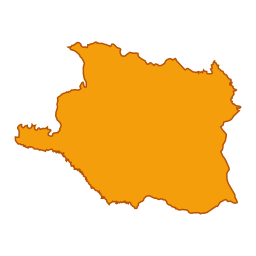 Buta, Orientale, Democratic Republic of the Congo
{"feature_id": "63176286B70684258400559", "entity_name": "Buta", "entity_type": "district", "adm_level": 2, "iso_a3": "COD", "parent_name": "Democratic Republic of the Congo", "parent_adm1": "Orientale", "projection": "mercator", "projection_center": [25.009, 2.835], "detail": "fine", "context": "isolated", "style": "filled", "palette": "amber", "viewbox_px": 256, "rotation_deg": 0, "n_neighbors": 0, "source": "geoboundaries", "source_scale": "gbopen_adm2", "svg_char_len": 5724}
<svg xmlns="http://www.w3.org/2000/svg" viewBox="0 0 256 256"><path d="M105.2,199.1L106.6,200.0L106.9,201.7L109.1,204.5L109.8,203.3L111.9,202.2L112.9,201.2L113.9,201.9L116.1,201.4L116.3,202.4L115.9,203.2L116.3,203.6L117.2,203.4L117.5,202.0L117.9,201.9L119.1,202.9L120.6,202.0L121.6,202.6L122.3,202.2L123.1,202.3L124.0,201.3L124.7,202.4L125.3,202.7L125.7,201.7L126.8,203.3L127.4,202.5L127.7,202.5L128.3,203.6L129.2,202.3L130.0,202.4L130.5,202.8L131.1,204.7L133.0,206.4L134.4,207.2L134.8,208.3L136.1,208.5L136.8,208.3L137.6,206.1L138.2,205.6L138.5,203.5L139.0,202.9L141.6,201.4L142.3,201.3L143.5,200.2L144.1,198.3L145.8,196.8L147.0,196.0L149.5,195.8L154.4,198.2L156.2,198.2L158.7,199.5L161.6,198.8L162.4,199.0L163.2,199.8L165.2,200.0L165.9,200.7L166.9,202.3L166.9,203.0L167.7,204.0L168.8,204.8L169.9,204.9L171.4,205.9L171.8,206.6L175.4,207.6L175.7,207.8L175.4,208.5L175.7,208.8L177.1,208.9L178.4,209.8L180.3,209.9L182.9,209.4L183.8,209.8L185.1,209.7L187.5,210.3L189.1,212.5L190.1,213.0L191.8,213.2L194.9,212.6L195.5,212.9L197.4,212.6L199.7,213.0L200.3,213.8L202.5,213.1L204.8,213.1L207.1,212.4L216.0,206.4L217.5,206.3L220.2,202.2L224.1,200.1L226.0,199.6L227.7,201.4L230.3,201.3L231.5,201.6L233.3,202.8L235.4,203.1L237.2,202.6L236.8,200.8L235.0,197.3L234.7,194.5L228.8,184.5L227.6,181.8L226.9,178.6L226.8,173.5L227.7,171.5L229.1,169.8L229.0,168.0L225.9,160.8L224.6,158.4L223.0,156.4L220.7,151.6L222.1,150.2L222.8,148.1L223.0,144.9L225.3,140.9L226.3,135.5L226.2,134.1L222.3,129.6L220.7,126.8L223.1,125.0L223.8,122.0L228.3,120.9L230.4,120.0L231.8,118.8L233.8,115.9L239.2,110.7L238.2,110.3L237.0,109.2L236.9,107.9L239.7,108.3L240.6,107.3L240.6,106.9L239.9,106.4L236.2,105.7L234.3,104.5L233.9,103.9L233.3,104.0L232.5,103.4L232.0,102.5L232.2,101.3L231.3,101.0L230.7,99.3L231.0,98.8L232.2,98.1L232.0,96.9L234.0,94.1L233.4,91.2L234.3,91.1L234.9,90.5L235.7,90.7L236.4,90.0L235.8,89.5L234.5,89.2L233.4,88.2L232.9,87.6L233.0,86.6L232.1,85.7L230.1,85.0L229.7,84.4L229.8,83.3L231.4,83.8L232.0,82.9L231.9,82.5L231.0,82.7L230.8,82.4L231.1,80.4L230.8,79.4L230.0,79.5L227.7,77.6L227.0,75.7L226.2,74.9L224.1,73.8L222.9,71.4L221.2,70.9L220.4,69.8L218.5,68.5L218.2,66.6L218.6,65.6L218.5,65.3L217.4,65.6L215.8,62.8L214.7,62.4L214.6,61.0L214.0,61.4L213.3,62.6L213.1,64.2L211.5,65.0L211.4,65.3L212.2,68.0L210.6,69.1L212.4,72.2L212.2,73.0L211.2,73.8L207.9,73.8L206.8,73.2L206.7,71.5L204.1,71.1L203.6,70.1L202.6,72.6L201.4,71.8L201.0,72.4L198.8,71.7L198.5,73.1L197.5,71.9L196.5,72.4L193.1,71.9L187.9,68.5L186.7,68.7L185.4,69.8L184.9,69.7L176.4,60.6L176.0,59.2L175.2,58.5L172.6,60.0L171.3,59.0L169.8,58.6L167.0,59.7L165.7,60.9L164.5,63.4L161.4,65.4L159.5,65.7L158.7,65.7L157.8,64.5L155.3,64.0L154.0,65.4L151.0,62.9L150.0,62.8L148.5,64.2L146.7,63.8L145.1,60.8L142.0,59.2L138.8,56.9L138.1,55.4L138.0,53.5L135.9,53.0L133.8,53.3L129.9,52.4L128.1,53.5L124.9,56.1L122.0,56.0L120.8,54.5L120.2,52.8L120.1,51.0L120.7,49.9L120.6,49.3L119.9,48.5L117.0,47.6L114.0,44.5L112.9,44.1L111.8,44.2L110.6,46.4L109.9,46.4L108.7,45.5L107.3,45.3L106.3,44.6L103.8,44.1L102.1,43.3L100.0,43.5L98.6,43.1L97.3,43.3L96.8,42.2L95.3,42.2L92.3,43.9L90.4,44.0L89.4,44.9L87.9,44.7L87.4,47.1L86.9,47.6L85.3,46.9L83.6,47.3L82.1,46.7L80.9,45.6L81.0,44.5L80.0,43.4L79.1,42.8L77.3,42.5L73.7,45.2L71.9,45.5L71.3,46.7L68.3,47.2L70.1,48.2L70.7,49.5L74.7,50.8L77.5,52.9L79.6,55.0L80.2,56.7L81.8,58.1L83.7,61.6L84.4,63.4L83.3,67.5L83.4,73.9L84.3,78.6L86.3,82.4L86.3,86.7L85.9,87.1L84.4,87.0L83.9,85.8L83.4,82.9L82.9,82.2L81.7,83.1L79.9,86.5L80.9,88.5L79.5,89.7L77.9,90.1L74.6,89.7L73.3,90.1L71.6,90.0L70.0,91.6L69.0,91.5L68.0,92.5L66.9,91.9L64.6,93.3L63.8,93.3L62.0,94.1L59.9,96.1L57.8,97.4L57.5,98.2L57.9,100.4L57.0,104.3L57.5,106.5L57.4,107.8L56.0,112.3L55.8,116.1L57.3,120.0L59.7,122.2L61.0,124.6L61.1,125.4L60.6,127.3L59.8,128.7L59.8,130.8L58.3,131.4L58.1,132.6L53.7,133.1L52.8,133.9L52.4,135.8L50.8,136.3L48.3,135.1L48.2,134.2L48.3,133.4L50.8,130.7L50.7,130.1L50.3,129.7L47.8,129.3L47.3,128.8L47.4,127.1L45.3,128.6L42.8,128.4L40.4,129.4L39.3,128.1L38.4,128.0L36.8,130.2L36.2,130.2L35.0,129.3L34.7,128.6L34.7,126.7L35.3,125.4L33.3,126.0L32.1,124.5L31.8,126.6L31.1,127.7L29.5,128.5L27.6,127.6L27.3,125.4L25.5,125.8L23.5,127.7L22.5,127.4L21.5,126.5L21.6,124.5L21.1,124.4L19.0,125.6L17.7,127.4L17.7,128.4L18.9,130.2L19.2,132.4L18.9,137.1L18.3,137.4L15.4,137.0L15.4,139.8L16.0,141.3L17.9,143.7L18.7,144.1L20.0,143.8L21.1,144.8L23.1,144.7L23.4,145.0L23.5,146.0L24.2,146.3L24.2,145.5L25.0,145.7L26.2,147.4L26.9,147.3L27.8,147.9L28.2,147.9L28.6,146.9L29.5,146.8L30.1,147.3L31.1,146.7L33.8,148.1L34.2,148.9L37.8,149.0L39.7,150.2L40.8,149.8L44.7,150.9L45.4,151.3L46.4,149.7L47.9,150.4L51.3,149.1L52.4,149.7L53.1,151.5L53.6,151.7L54.5,150.8L55.0,150.9L56.1,152.4L56.5,151.2L56.9,151.1L57.6,152.4L57.9,152.4L58.7,151.2L59.3,151.3L59.5,151.8L59.3,152.9L60.8,152.5L61.7,153.9L62.2,153.9L63.6,153.0L63.8,153.5L62.7,154.3L62.7,155.1L63.5,156.4L64.0,155.8L64.3,155.9L66.0,158.5L67.2,159.1L66.2,159.5L65.8,160.1L66.4,161.1L66.7,160.6L68.6,160.1L69.1,161.6L70.1,162.5L71.1,162.4L70.7,164.5L71.2,165.2L71.1,165.8L72.1,166.3L73.2,165.5L73.7,165.6L74.0,166.3L73.8,167.1L74.4,168.0L74.3,169.3L75.0,169.4L76.0,168.7L77.5,170.1L77.7,169.4L78.6,170.1L78.9,169.2L79.4,169.2L80.1,170.0L80.2,170.6L79.5,171.2L79.7,171.6L81.0,172.6L81.4,171.7L82.2,172.1L82.0,173.5L82.4,174.3L83.1,174.0L83.7,175.4L83.5,176.1L86.0,177.4L85.5,179.0L85.9,179.6L86.5,179.1L86.8,179.3L86.7,181.2L87.9,181.7L89.5,184.6L90.6,185.0L91.2,187.7L91.7,188.3L92.1,188.2L92.4,187.2L92.9,187.3L95.5,190.4L97.9,191.1L98.3,192.0L99.2,191.4L99.3,192.9L99.7,193.5L100.0,193.1L100.5,193.3L101.4,196.0L102.1,196.2L101.4,198.3L103.4,198.3L103.6,198.1L103.1,197.1L103.8,196.8L104.5,197.4L105.2,199.1Z" fill="#f59e0b" stroke="#b45309" stroke-width="1.5"/></svg>